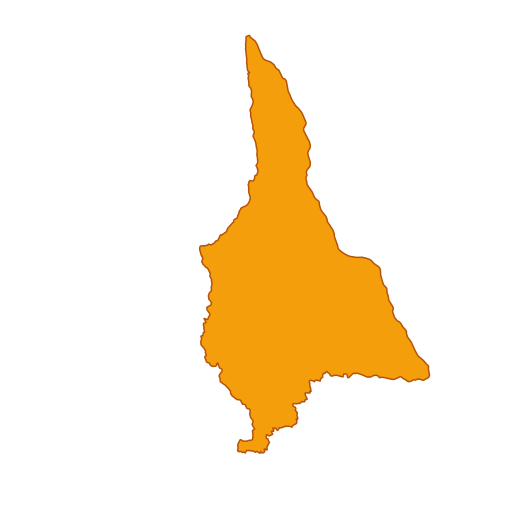 the district of Nariño, Antioquia, Colombia, rotated 149°
{"feature_id": "7082276B90486615303500", "entity_name": "Nariño", "entity_type": "district", "adm_level": 2, "iso_a3": "COL", "parent_name": "Colombia", "parent_adm1": "Antioquia", "projection": "equal_earth", "projection_center": [-75.143, 5.553], "detail": "fine", "context": "isolated", "style": "filled", "palette": "amber", "viewbox_px": 512, "rotation_deg": 149, "n_neighbors": 0, "source": "geoboundaries", "source_scale": "gbopen_adm2", "svg_char_len": 6043}
<svg xmlns="http://www.w3.org/2000/svg" viewBox="0 0 512 512"><g transform="rotate(149 256 256)"><path d="M144.6,366.9L144.8,367.6L144.8,371.8L143.9,376.9L143.6,380.4L139.9,390.4L139.9,392.2L140.2,393.1L141.3,394.1L141.5,395.5L140.7,403.5L142.1,406.5L142.1,410.7L143.5,414.7L146.9,418.8L148.2,421.6L147.6,427.5L146.3,435.2L146.0,438.1L146.1,440.9L148.1,446.2L148.0,448.3L148.8,448.8L151.7,449.0L153.1,446.4L155.6,443.3L157.2,440.3L158.1,439.2L162.6,429.4L164.6,426.3L165.2,424.4L166.4,422.4L167.5,419.7L167.5,418.2L167.0,416.6L167.8,416.3L168.5,416.8L168.9,416.7L169.7,414.0L171.1,412.6L172.4,409.2L174.3,405.7L174.5,405.0L174.1,402.5L174.7,399.9L177.2,396.4L178.0,394.9L178.1,392.1L178.8,389.9L179.4,389.0L181.6,387.1L183.8,385.5L184.5,385.4L185.2,384.4L185.9,384.2L186.9,381.3L188.5,378.8L189.8,374.3L190.8,372.2L191.2,369.6L192.3,368.4L193.4,366.2L193.3,364.2L193.5,363.3L194.4,362.2L195.4,361.7L196.8,360.2L197.3,355.9L198.0,352.9L199.9,348.4L200.4,346.2L203.4,341.8L203.9,340.1L206.0,335.8L206.9,334.8L209.4,333.5L209.6,330.7L210.0,330.0L209.8,329.6L210.8,327.5L213.6,325.1L214.9,325.4L215.8,325.2L217.8,322.8L219.5,321.8L220.5,322.1L222.4,323.8L223.4,323.5L226.2,320.8L226.4,319.5L229.3,314.6L230.9,308.8L233.3,306.4L236.4,304.6L239.1,304.2L242.1,304.7L244.2,304.7L245.7,303.6L247.3,303.1L248.4,301.7L250.8,300.0L252.6,298.2L255.7,298.5L256.7,297.9L257.8,296.6L258.6,296.6L266.0,294.3L269.0,292.0L275.0,291.7L275.2,292.2L276.0,292.3L278.2,290.5L279.2,290.1L280.8,289.0L282.8,289.5L286.0,288.4L287.1,288.7L288.6,288.5L290.6,290.6L291.8,290.2L293.9,291.0L295.0,291.0L295.6,291.8L298.0,293.0L299.3,292.8L300.8,290.9L302.4,285.5L302.6,283.9L302.3,283.9L302.7,281.7L303.3,280.9L305.5,278.9L305.7,276.1L305.3,275.0L304.8,271.9L304.0,271.2L303.8,270.5L303.8,269.1L304.3,264.5L305.9,262.4L306.2,258.8L307.1,257.5L307.6,255.5L309.1,253.5L310.5,252.3L311.9,249.4L315.3,248.2L317.3,246.4L318.7,243.1L318.2,240.9L318.3,239.1L319.4,237.5L319.9,237.2L324.6,237.3L325.7,235.0L325.4,230.7L326.1,229.0L327.9,228.2L330.1,226.5L330.8,227.0L332.3,229.0L332.8,228.9L332.9,225.1L333.5,224.6L335.3,225.3L335.9,225.0L336.6,223.9L337.3,221.7L338.1,220.6L339.1,217.3L340.5,217.5L342.7,215.1L344.0,215.7L344.6,215.4L345.3,213.0L347.5,210.9L348.8,208.3L348.7,206.8L348.2,204.9L348.0,201.2L349.2,199.0L349.6,196.6L350.0,196.2L351.5,196.2L352.2,195.3L352.4,193.0L353.0,190.7L352.6,189.9L351.3,188.5L351.4,186.5L350.7,184.4L349.6,183.4L347.2,182.3L346.2,182.5L344.7,184.0L344.1,184.0L343.9,183.4L344.9,179.3L344.8,178.6L343.6,176.7L343.6,175.8L344.7,174.6L348.1,173.3L349.0,172.6L349.5,171.8L350.0,169.4L351.1,167.2L351.2,166.3L348.8,160.8L347.8,155.9L347.5,153.3L348.6,151.1L348.5,148.4L346.3,142.8L344.1,141.1L343.6,140.2L343.9,136.0L342.0,134.6L341.9,132.8L342.4,130.6L341.9,129.6L340.4,128.1L340.5,126.5L342.8,123.7L343.6,121.0L343.8,119.9L343.4,116.9L343.6,115.8L346.0,113.7L346.3,112.4L346.3,108.5L349.1,108.0L350.9,103.9L353.3,100.7L354.6,100.4L357.0,101.6L359.5,102.1L362.6,104.2L363.4,106.1L364.2,106.6L367.8,104.5L369.0,103.3L370.5,100.3L372.1,98.6L371.3,96.9L369.6,96.3L369.0,94.6L367.5,94.2L366.7,92.8L365.4,93.4L364.4,94.3L362.8,93.0L361.7,92.8L361.1,91.8L358.8,90.3L357.6,88.1L356.2,88.3L354.3,85.1L353.6,85.0L352.7,85.8L352.1,84.0L351.0,83.5L349.4,83.8L348.6,84.9L348.8,85.7L348.4,86.2L347.7,86.0L346.7,84.4L346.2,84.2L345.3,86.2L344.7,86.8L340.5,89.4L340.4,91.7L340.0,93.1L340.8,94.1L340.9,94.7L339.4,97.2L338.9,97.3L338.3,97.0L337.7,95.3L337.1,94.9L333.6,94.6L333.2,97.5L332.5,97.6L331.4,96.8L330.7,97.1L330.4,97.8L330.4,99.2L330.1,99.7L329.0,98.7L327.8,98.4L327.6,97.7L327.8,96.2L327.3,95.5L326.2,95.7L324.4,96.8L323.1,95.8L320.8,95.3L319.9,95.4L319.3,94.9L317.8,94.6L314.4,92.3L313.5,90.8L311.4,91.8L307.8,91.6L307.2,91.9L305.9,93.8L305.5,95.5L305.2,95.5L304.7,94.7L303.9,95.1L303.2,97.2L303.1,98.2L301.3,100.4L301.8,103.5L300.5,104.6L300.2,105.9L301.2,107.6L301.5,108.9L300.5,110.1L299.7,110.1L297.4,108.4L296.2,108.1L294.1,107.0L291.6,107.7L290.8,106.7L289.6,106.2L289.0,106.4L288.4,107.4L286.1,106.9L285.7,107.3L285.5,110.9L284.5,113.1L283.7,113.0L280.5,110.8L280.0,111.1L279.6,112.3L278.6,111.7L277.2,114.7L276.8,117.0L275.4,119.2L275.3,120.3L274.8,121.2L273.4,121.5L271.5,119.6L270.6,118.2L269.5,118.8L267.9,118.5L267.6,117.8L266.6,117.2L265.6,115.8L263.4,117.6L261.4,117.7L259.7,120.1L259.1,120.5L258.4,120.5L257.6,119.9L255.2,120.6L254.7,120.4L254.5,119.0L253.7,117.5L253.7,115.3L253.4,114.4L252.1,113.7L250.0,113.3L248.4,112.4L244.0,107.7L243.2,107.9L241.6,109.6L240.6,109.3L239.8,108.6L239.4,108.2L239.2,107.1L239.9,105.0L239.8,104.2L238.6,104.1L233.3,105.3L232.6,105.2L231.8,104.2L230.2,103.8L229.2,103.0L226.1,99.3L223.1,95.0L220.2,93.3L216.0,92.8L214.4,91.9L213.3,90.6L212.7,88.0L210.7,87.3L209.1,86.1L202.6,79.9L200.9,79.0L194.4,78.3L193.9,77.7L193.0,75.1L191.5,72.9L190.7,70.7L189.8,69.6L187.8,68.8L184.5,68.7L183.2,67.5L180.8,67.3L179.4,66.0L178.6,65.8L177.6,64.1L176.3,63.2L171.1,63.0L170.0,63.3L168.6,64.5L166.6,70.0L164.8,72.7L165.5,75.3L166.3,80.2L168.6,86.9L168.3,93.5L167.3,102.3L167.8,108.7L166.9,112.4L166.0,113.5L165.8,115.2L166.6,119.5L166.6,123.9L167.0,125.6L168.3,127.7L168.9,132.4L168.3,134.5L167.9,137.2L167.2,138.6L165.6,139.9L164.9,141.5L164.9,149.8L163.3,153.5L162.6,157.0L160.7,160.7L160.6,161.5L161.4,165.0L161.3,166.8L159.1,175.2L156.5,180.1L156.2,182.0L156.4,183.6L158.7,188.7L159.4,192.3L160.0,194.0L162.7,197.4L165.5,200.1L170.9,203.3L175.1,206.8L177.0,208.9L179.1,212.4L180.4,215.3L181.6,218.6L181.6,220.5L180.6,223.4L179.0,231.4L178.3,233.4L177.6,234.5L176.7,238.5L177.1,248.7L176.0,251.5L175.7,254.2L176.6,260.7L176.5,262.7L175.4,266.8L174.0,270.0L174.0,270.7L175.1,273.4L175.7,276.2L174.9,281.4L174.9,283.4L175.4,288.5L175.3,291.3L174.2,293.7L173.2,296.8L172.5,297.9L170.9,298.8L169.8,301.6L169.0,302.7L167.6,303.6L163.8,304.9L161.7,307.4L161.0,309.0L159.6,314.9L158.7,317.5L156.0,319.8L154.5,320.3L152.4,322.9L151.4,326.3L150.6,338.3L150.2,339.8L149.2,341.0L145.4,343.1L144.3,344.9L143.0,354.0L143.0,356.4L143.7,361.2L144.8,364.9L144.6,366.9Z" fill="#f59e0b" stroke="#b45309" stroke-width="1.5"/></g></svg>